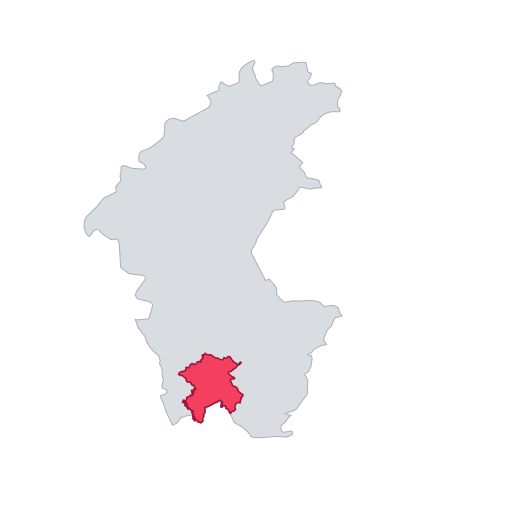 location of Gaoual, Gaoual, Guinea, rotated 243°
{"feature_id": "49546643B28661548838550", "entity_name": "Gaoual", "entity_type": "district", "adm_level": 2, "iso_a3": "GIN", "parent_name": "Guinea", "parent_adm1": "Gaoual", "projection": "natural_earth1", "projection_center": [-13.638, 11.692], "detail": "fine", "context": "in_parent", "style": "filled", "palette": "rose", "viewbox_px": 512, "rotation_deg": 243, "n_neighbors": 0, "source": "geoboundaries", "source_scale": "gbopen_adm2", "svg_char_len": 9674}
<svg xmlns="http://www.w3.org/2000/svg" viewBox="0 0 512 512"><g transform="rotate(243 256 256)"><path d="M307.6,337.0L303.9,336.4L302.3,337.2L297.4,343.8L294.5,346.4L290.0,345.6L288.3,346.0L287.1,345.3L288.8,341.7L291.1,334.5L297.1,327.3L297.2,325.8L294.7,321.5L292.2,315.8L292.1,309.6L291.6,305.2L286.4,303.9L285.4,303.2L285.2,301.7L288.2,294.0L288.4,292.4L288.1,291.0L284.8,287.1L279.7,279.8L271.0,264.8L267.7,261.7L264.6,257.1L263.4,254.2L260.2,253.2L229.8,253.4L229.3,257.3L218.8,259.9L212.4,256.9L205.2,258.6L201.7,260.6L199.0,269.4L197.5,271.2L196.0,275.1L194.6,277.3L193.0,281.6L189.6,287.7L186.0,291.7L179.9,293.8L178.0,300.3L176.6,302.7L174.3,304.6L171.8,305.8L166.8,304.6L164.0,305.7L163.5,304.1L165.1,299.0L163.9,296.3L159.1,291.0L158.6,288.4L157.2,285.1L150.9,278.3L145.0,278.7L146.6,273.0L146.6,265.4L144.6,261.2L145.1,257.0L144.0,257.3L142.0,260.2L138.9,259.3L132.5,254.7L129.3,250.3L128.9,246.6L128.2,245.2L126.2,245.9L122.2,245.9L110.0,239.2L101.3,222.5L101.1,218.7L102.3,212.2L102.0,210.5L98.1,214.8L97.3,211.9L94.3,205.2L93.4,201.3L90.4,199.6L88.1,199.3L86.3,200.6L83.9,208.4L82.1,208.4L80.3,206.7L80.7,200.9L85.4,193.5L93.2,175.1L96.1,170.8L97.8,169.3L101.5,169.2L108.8,166.7L117.7,160.9L124.5,161.4L132.5,160.7L143.0,156.7L143.1,144.3L142.8,141.5L139.1,139.1L136.9,136.9L135.0,134.1L132.8,132.2L132.8,130.1L137.5,127.5L141.8,127.5L143.2,126.5L144.2,124.7L145.4,120.2L145.9,115.5L143.0,109.2L143.2,104.7L158.6,105.3L167.0,106.6L173.9,106.9L175.0,107.9L174.1,112.3L174.9,114.9L177.3,115.6L181.1,112.5L183.2,113.2L187.5,117.0L191.5,118.0L195.9,120.1L200.0,121.2L203.7,121.1L206.4,123.2L211.6,123.9L218.2,121.2L223.4,120.0L230.7,119.7L234.5,120.6L245.6,118.4L254.4,119.6L253.0,121.1L249.1,131.1L249.5,132.8L258.5,141.2L260.6,141.9L263.0,140.7L266.8,136.8L269.8,132.6L272.7,130.6L276.1,130.7L278.8,133.7L285.2,146.1L286.8,147.7L288.3,147.7L291.1,145.3L292.5,142.6L298.3,134.4L307.4,130.3L329.0,139.7L332.2,140.4L334.1,139.7L336.7,134.1L344.9,129.4L348.7,128.1L351.0,127.9L351.8,126.4L352.2,124.1L351.8,121.8L349.2,117.5L349.2,116.3L350.6,115.5L353.7,114.9L357.7,115.3L362.2,117.1L365.9,119.8L368.0,122.9L372.1,136.1L376.7,146.4L376.6,160.2L378.6,161.6L380.8,162.2L381.9,163.3L384.1,169.0L386.2,170.6L388.7,171.0L393.4,174.7L396.4,176.1L396.8,177.2L396.7,178.7L395.6,180.6L391.1,184.5L388.9,187.7L384.3,195.6L384.2,197.0L385.1,198.1L387.0,198.3L389.1,197.7L393.3,194.9L396.6,195.9L399.8,198.1L401.0,200.3L401.3,203.3L400.6,207.1L400.5,211.4L401.6,218.8L403.3,226.1L405.0,228.7L415.7,235.2L416.8,237.6L417.3,240.3L416.6,244.0L415.5,246.1L409.6,251.8L408.8,254.5L409.2,259.6L409.8,281.0L412.1,284.6L414.8,286.4L421.3,285.4L421.1,291.3L420.3,298.0L424.0,300.0L425.9,302.1L427.0,304.0L421.1,307.5L419.4,309.6L418.6,315.1L418.8,320.3L426.8,323.9L429.9,328.2L431.2,332.7L431.7,341.1L431.0,343.1L429.0,343.1L424.9,337.9L418.7,337.4L414.2,336.4L406.5,337.1L405.2,338.6L404.3,349.8L406.2,351.7L409.9,353.8L412.3,354.7L414.3,354.5L415.8,355.8L416.1,359.5L415.1,362.2L413.1,364.7L410.6,371.2L411.1,377.1L406.9,386.6L405.6,388.4L399.9,386.6L396.2,385.9L393.5,388.3L389.7,384.6L389.0,381.8L387.7,381.2L385.2,381.1L382.9,382.8L381.9,385.7L381.4,391.8L377.2,397.6L374.3,404.7L370.9,404.1L370.1,404.9L366.5,406.8L363.4,407.3L362.6,405.4L360.7,403.9L358.7,400.8L356.4,398.4L352.0,396.6L350.3,397.4L348.2,397.2L346.8,396.2L347.0,394.8L349.3,391.0L350.6,387.6L351.3,383.8L351.3,380.3L350.1,375.2L348.1,371.3L347.6,368.9L347.8,365.6L347.4,362.6L346.7,361.0L345.8,355.2L344.6,354.1L343.9,349.5L344.1,344.7L342.4,342.9L339.7,341.6L338.1,339.7L337.1,337.6L336.2,337.0L335.4,337.1L334.6,338.4L333.7,338.7L332.1,334.2L331.5,334.1L330.4,335.1L318.0,340.0L316.4,335.8L314.1,335.1L310.0,336.8L307.6,337.0Z" fill="#d9dde1" stroke="#a8b0b8" stroke-width="1"/><path d="M137.2,180.7L138.3,181.4L139.0,181.3L139.5,181.0L140.0,180.4L140.6,180.1L142.0,179.5L142.8,179.0L143.0,179.1L144.5,178.8L144.8,179.0L145.3,179.4L147.7,179.1L148.1,178.8L149.5,177.8L150.5,176.5L151.4,176.3L152.8,176.4L153.5,176.6L153.9,176.5L155.1,176.8L155.6,176.6L156.8,176.6L157.1,176.8L157.5,177.7L156.5,180.6L156.6,181.4L157.4,181.4L158.1,181.1L159.2,180.1L160.3,179.6L161.3,178.8L162.4,178.7L163.0,178.3L164.4,178.2L164.8,178.4L165.2,179.2L164.4,181.5L164.5,182.1L165.0,182.9L165.3,184.8L165.6,187.4L166.8,189.6L166.8,192.0L167.6,194.3L168.5,194.0L168.2,192.7L167.6,191.0L167.4,190.2L167.8,190.0L168.5,190.0L169.0,189.8L169.5,189.5L171.5,188.4L171.8,188.0L172.3,187.7L172.6,187.8L173.1,187.9L174.6,187.3L174.8,187.2L176.0,187.3L176.8,187.0L177.1,187.2L177.4,187.0L177.8,187.0L178.1,187.0L178.6,186.4L179.1,185.6L179.0,185.0L178.4,183.5L178.3,182.8L180.0,181.3L179.2,180.2L178.6,179.1L179.5,177.7L180.5,176.8L181.2,176.2L182.7,175.4L182.6,175.1L183.2,174.1L184.0,173.2L184.9,172.9L185.8,172.2L186.5,171.9L187.6,171.7L188.0,171.2L188.3,170.5L189.1,170.2L189.4,169.3L189.4,168.4L189.6,168.1L190.3,167.9L190.8,167.3L191.7,166.5L192.0,166.1L192.3,166.5L192.4,166.3L192.2,165.9L191.8,165.2L191.6,164.6L191.8,164.5L192.1,163.9L192.1,163.4L191.8,162.9L191.1,163.6L191.0,163.1L190.6,163.1L190.6,162.9L190.2,162.9L190.1,162.6L189.8,162.7L189.8,162.1L189.1,161.9L188.8,161.5L188.8,160.7L188.2,159.9L188.2,159.5L187.6,159.7L187.0,159.5L186.5,158.9L186.5,158.4L187.2,158.0L187.9,157.4L188.0,156.5L188.3,155.7L187.5,154.5L187.3,153.5L187.5,152.4L187.3,151.3L188.2,150.9L188.8,150.9L189.1,150.1L189.3,149.7L188.8,147.8L186.9,145.5L187.8,144.2L188.6,143.3L188.0,142.6L187.4,142.3L186.7,142.2L186.4,141.9L186.3,141.1L186.1,140.6L186.0,138.9L186.5,138.7L186.5,137.8L187.1,136.6L186.9,135.8L186.6,135.3L186.8,134.7L186.5,134.5L186.5,134.3L186.1,134.0L185.9,134.1L185.3,133.8L185.3,133.4L185.0,133.6L184.7,134.0L184.0,134.3L183.7,134.7L183.3,135.1L183.2,135.7L182.9,136.3L181.2,136.7L180.9,137.0L180.1,137.2L179.6,137.5L179.1,138.0L178.6,137.8L178.0,137.8L176.9,137.4L176.5,137.5L176.3,137.4L175.0,137.5L174.5,138.1L174.3,138.8L174.1,139.1L174.1,139.7L173.8,139.9L173.4,139.9L172.8,140.1L172.8,140.5L172.6,140.7L172.0,140.8L171.4,140.1L170.4,140.5L169.6,140.5L169.3,140.8L169.1,141.3L169.3,141.5L169.2,141.9L168.8,141.7L168.2,141.7L167.8,141.7L167.3,141.9L166.7,141.9L165.8,141.7L165.3,142.0L164.8,142.1L164.5,141.7L164.6,141.2L164.9,141.1L165.8,141.2L165.9,140.9L165.9,140.6L165.5,140.4L164.7,140.3L164.9,139.5L165.0,138.9L165.4,138.5L165.6,138.0L165.4,137.6L164.7,137.3L164.5,137.1L163.7,136.9L163.5,137.1L163.5,137.5L163.5,138.2L163.9,138.0L164.6,138.1L164.6,138.6L164.1,139.1L163.2,138.9L162.9,138.8L162.4,138.0L162.1,137.5L162.3,137.0L161.4,137.2L161.3,136.8L160.9,136.4L160.7,135.9L161.5,135.3L161.9,135.0L161.8,134.5L161.1,134.4L160.8,133.5L161.2,132.8L161.4,132.5L161.4,131.9L161.2,131.0L161.5,130.7L161.5,130.2L160.8,129.7L159.8,129.2L159.4,128.8L159.3,127.9L159.0,127.6L158.1,127.2L158.3,126.9L158.8,126.7L159.7,126.6L160.1,126.6L160.3,126.4L160.6,125.9L160.4,125.5L159.9,125.3L159.5,126.1L159.1,126.1L158.8,125.9L159.3,125.2L159.4,124.6L159.1,124.1L158.8,124.2L158.3,125.2L157.8,125.4L157.3,125.3L156.8,125.6L156.8,125.8L157.0,126.9L156.8,127.2L156.1,126.6L155.8,126.1L155.4,124.9L155.1,124.7L154.7,124.7L154.5,124.9L154.2,125.6L154.2,126.1L154.5,126.4L155.3,126.8L155.5,127.0L155.5,127.3L155.2,127.6L154.8,127.4L154.4,127.1L154.2,127.0L153.9,127.0L153.4,126.7L153.0,126.0L152.6,125.7L152.2,125.6L151.8,125.9L151.9,127.0L151.6,127.2L151.4,127.0L151.0,126.1L150.6,125.8L150.3,126.0L150.0,126.5L149.9,127.2L149.7,127.7L149.2,127.9L148.7,128.0L148.4,127.9L147.9,128.0L147.6,128.5L147.3,129.1L146.9,129.3L146.3,129.5L145.9,129.6L145.9,129.2L146.4,128.7L146.4,128.2L146.0,127.8L145.5,127.6L145.0,127.8L144.0,127.8L143.7,128.4L143.2,128.4L143.0,128.2L142.5,127.1L141.9,126.7L141.6,126.7L141.5,126.8L141.2,127.5L141.1,128.0L140.0,128.1L139.8,128.1L139.5,127.7L139.6,127.4L140.0,127.1L140.1,126.8L140.1,126.0L140.0,125.6L139.9,125.6L139.6,126.0L139.5,126.4L138.7,127.8L138.6,127.7L138.4,127.0L138.4,126.5L138.3,126.3L138.1,126.3L137.3,126.4L136.9,126.7L136.8,126.8L137.2,127.3L137.3,127.5L137.3,128.0L137.1,128.7L134.4,129.0L134.1,129.1L134.0,129.7L133.9,130.1L133.7,130.5L133.4,130.8L132.4,131.0L132.3,132.0L132.5,132.2L132.8,132.8L132.7,133.2L132.9,133.6L133.4,134.1L133.7,134.2L135.1,134.5L135.8,134.7L136.0,135.0L136.0,135.7L136.1,135.8L136.4,136.2L136.7,136.5L137.7,137.0L138.3,137.1L138.9,137.4L139.1,137.6L139.2,137.9L139.5,139.3L139.9,139.5L140.1,139.8L141.6,140.6L144.0,141.2L144.3,141.4L144.5,141.8L144.4,142.0L144.2,142.2L143.9,143.6L143.8,145.2L143.8,146.8L143.7,147.4L143.6,148.0L143.6,148.6L143.6,149.3L143.9,150.7L143.9,152.6L144.0,153.0L144.0,153.7L143.8,154.0L143.7,154.3L143.6,155.3L143.9,156.0L143.9,156.3L144.0,158.2L143.8,158.4L143.1,158.4L142.6,158.6L142.1,159.1L142.0,159.3L141.8,159.6L141.2,159.6L141.0,159.2L140.9,159.2L140.8,159.4L140.6,159.5L140.3,159.2L139.9,159.1L139.8,158.3L140.2,158.2L140.0,157.8L139.8,157.9L139.7,158.1L139.5,158.3L138.8,158.5L138.5,157.7L138.3,157.7L138.2,157.4L138.3,157.2L138.7,157.1L138.7,156.8L138.3,156.4L137.9,156.2L137.2,156.2L136.9,156.6L136.8,157.1L137.0,157.5L137.4,157.4L137.5,157.1L137.7,157.5L137.6,157.9L137.2,158.5L137.2,159.0L137.0,159.4L136.5,160.5L135.1,160.7L134.8,160.5L134.1,160.0L133.8,160.0L133.4,160.3L133.1,160.9L133.0,161.1L132.8,161.2L130.4,161.9L130.1,161.8L129.4,161.4L128.6,161.2L128.2,161.6L127.5,161.7L127.2,162.0L128.2,163.1L128.5,164.0L128.0,165.0L127.8,166.0L128.1,166.4L128.1,166.7L128.8,167.1L128.6,168.1L129.2,168.3L130.5,168.3L131.4,168.9L133.8,171.4L133.6,172.9L132.9,174.7L132.7,174.8L132.4,175.3L132.6,175.4L133.0,175.2L133.3,175.2L133.4,176.0L133.7,176.3L134.1,176.3L134.5,176.6L134.5,176.8L135.3,177.5L135.6,178.2L136.4,178.3L136.4,178.5L136.9,179.0L136.9,179.7L137.2,180.7Z" fill="#f43f5e" stroke="#9f1239" stroke-width="1.5"/></g></svg>